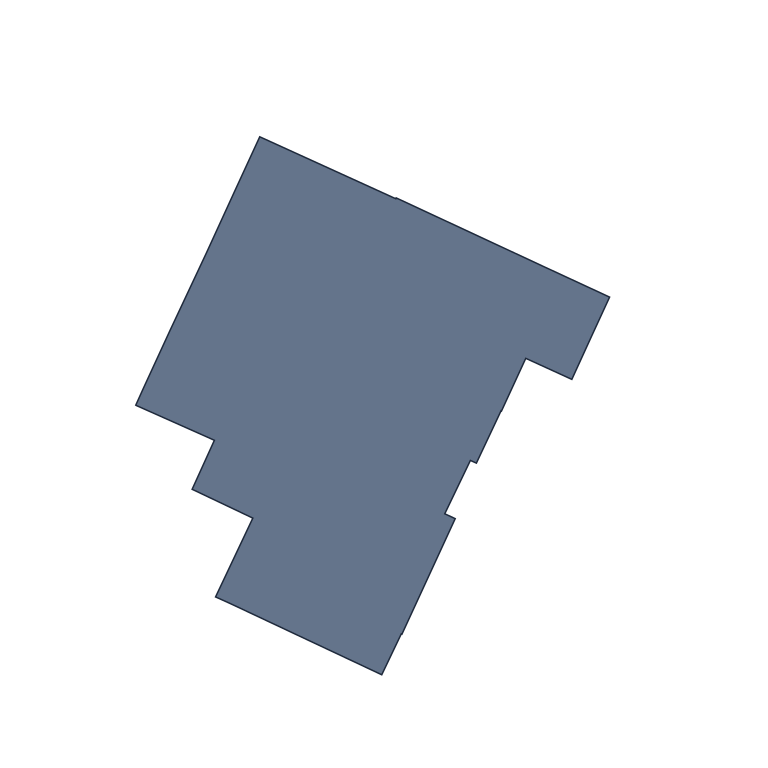 outline of 9 de Julio, Buenos Aires, Argentina, rotated 251°
{"feature_id": "61730980B74686542739453", "entity_name": "9 de Julio", "entity_type": "district", "adm_level": 2, "iso_a3": "ARG", "parent_name": "Argentina", "parent_adm1": "Buenos Aires", "projection": "albers", "projection_center": [-61.024, -35.536], "detail": "fine", "context": "isolated", "style": "filled", "palette": "slate", "viewbox_px": 768, "rotation_deg": 251, "n_neighbors": 0, "source": "geoboundaries", "source_scale": "gbopen_adm2", "svg_char_len": 519}
<svg xmlns="http://www.w3.org/2000/svg" viewBox="0 0 768 768"><g transform="rotate(251 384 384)"><path d="M360.1,594.4L392.7,625.6L444.2,572.0L556.0,456.1L555.3,455.5L658.2,347.0L616.3,306.9L566.0,259.0L504.3,199.1L458.5,155.3L444.8,142.4L444.2,142.9L386.0,205.3L346.9,168.3L299.9,216.3L237.5,155.4L226.3,167.3L109.8,287.2L142.1,319.0L141.6,319.5L233.5,407.5L241.5,399.2L283.6,440.8L279.1,445.6L320.6,486.0L320.2,486.3L362.1,526.4L327.2,563.1L360.1,594.4Z" fill="#64748b" stroke="#1e293b" stroke-width="1.5"/></g></svg>